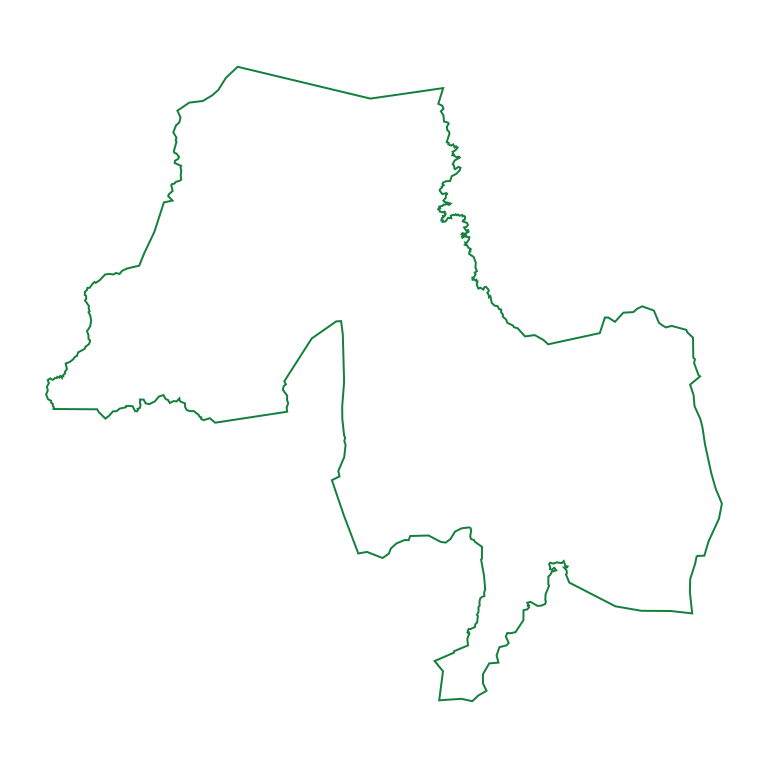 outline of Jasikan, Volta, Ghana
{"feature_id": "2480657B79217814678772", "entity_name": "Jasikan", "entity_type": "district", "adm_level": 2, "iso_a3": "GHA", "parent_name": "Ghana", "parent_adm1": "Volta", "projection": "orthographic", "projection_center": [0.477, 7.375], "detail": "fine", "context": "isolated", "style": "outline", "palette": "green", "viewbox_px": 768, "rotation_deg": 0, "n_neighbors": 0, "source": "geoboundaries", "source_scale": "gbopen_adm2", "svg_char_len": 6058}
<svg xmlns="http://www.w3.org/2000/svg" viewBox="0 0 768 768"><path d="M237.6,66.8L226.0,77.7L218.2,90.1L212.1,95.4L202.8,101.0L189.3,102.6L177.4,110.7L180.5,117.4L179.3,122.5L176.0,125.4L173.3,132.4L176.4,137.6L175.7,140.5L176.5,141.7L173.8,151.3L174.3,152.7L176.6,153.7L179.1,157.0L178.0,159.0L175.0,160.7L174.7,163.0L181.1,165.9L180.5,167.6L181.3,170.5L180.7,175.7L181.3,179.5L179.6,180.8L175.9,181.8L174.4,183.6L171.8,184.2L171.3,185.2L172.6,191.0L168.8,194.3L168.2,196.0L172.5,200.6L163.9,202.4L154.4,231.8L144.1,253.5L139.2,265.7L127.1,268.5L122.1,270.8L119.5,274.0L115.9,273.0L113.4,274.5L109.3,273.9L105.1,274.5L99.7,280.2L95.7,282.9L94.5,282.0L93.1,283.1L89.7,287.8L87.4,287.9L87.0,290.0L84.9,291.8L84.8,295.0L85.9,295.6L86.3,298.5L85.0,300.4L89.0,306.1L88.6,308.2L89.6,311.1L88.5,312.1L90.3,315.7L91.2,320.7L90.1,326.5L87.0,331.2L88.4,334.9L88.5,338.9L90.0,340.3L90.0,341.6L88.9,344.2L85.5,346.7L84.5,349.0L78.1,352.4L76.9,356.0L74.9,356.9L73.2,359.3L69.9,361.9L65.7,363.5L66.9,369.0L64.8,372.1L65.2,373.3L63.2,375.1L63.3,376.3L61.6,376.2L61.8,377.7L60.1,376.1L59.3,377.6L57.3,376.8L56.8,378.0L54.6,378.2L53.8,379.3L52.3,379.8L50.1,378.4L47.7,380.2L48.9,383.2L46.9,386.6L47.8,390.5L46.1,394.5L48.1,399.3L51.0,400.7L51.1,402.7L52.9,404.1L52.8,406.1L53.8,407.2L53.5,409.0L97.2,409.3L98.9,412.3L105.4,418.6L109.1,415.8L112.9,411.4L116.7,411.1L119.7,408.6L125.8,407.3L126.2,405.9L132.6,406.2L135.1,411.1L137.0,411.3L138.1,409.7L137.6,408.9L139.8,408.0L140.6,404.9L139.9,403.0L140.1,399.5L143.7,399.6L145.6,403.3L149.3,404.2L154.8,401.4L159.0,396.5L163.5,395.1L165.6,399.0L168.0,400.0L169.8,403.0L173.5,401.1L176.5,401.4L179.4,398.4L179.6,400.4L180.6,401.6L185.0,403.4L185.1,406.9L186.7,409.9L189.7,411.1L193.8,411.1L198.7,415.0L199.7,416.9L201.2,417.3L201.1,418.8L203.5,420.2L209.8,418.2L215.2,422.7L287.2,411.7L286.6,407.8L288.2,403.2L287.0,400.0L287.2,395.7L282.8,389.7L283.7,386.2L285.9,384.3L284.3,381.3L311.7,338.5L336.2,321.4L341.1,321.1L342.8,334.4L344.1,382.0L342.2,406.3L342.3,418.7L344.1,435.5L345.2,437.7L344.3,441.1L345.6,444.9L344.2,457.2L338.3,471.0L339.5,476.4L331.9,480.2L343.7,514.9L358.3,553.5L366.9,551.9L382.6,558.0L388.9,553.6L390.9,548.4L396.5,543.4L404.7,540.0L408.6,540.2L410.2,536.0L428.6,535.5L440.7,541.9L445.6,542.6L450.5,539.0L455.0,531.6L461.7,528.3L469.2,527.4L470.5,528.1L471.2,530.1L470.2,536.4L471.0,539.0L474.1,540.1L474.8,541.7L482.0,546.9L481.9,558.7L481.1,559.6L484.0,575.5L485.2,589.5L484.1,592.5L484.4,596.1L482.0,596.9L480.2,598.4L479.4,602.3L479.7,605.3L478.5,607.1L478.5,611.9L477.0,614.9L477.9,616.0L477.1,622.5L475.4,624.1L474.9,627.0L470.7,629.0L468.7,629.0L467.7,631.0L468.8,632.2L467.8,632.8L469.3,633.7L467.3,638.8L468.0,645.4L454.1,651.2L453.9,652.7L434.6,661.0L443.0,671.3L439.2,700.3L461.4,698.8L472.3,701.2L478.3,695.5L486.5,690.8L483.0,683.5L482.9,674.3L489.2,663.4L498.5,662.6L496.6,655.5L499.4,647.2L506.7,645.3L508.7,642.9L505.8,636.5L507.3,633.0L509.9,633.3L515.5,632.2L523.4,620.2L523.5,610.2L527.4,609.3L529.0,607.4L527.2,604.9L529.5,606.3L527.3,602.8L530.4,601.8L537.3,605.8L541.1,605.7L545.2,604.0L545.9,601.3L545.3,600.0L545.6,594.2L549.1,585.7L548.3,584.3L548.4,576.5L550.3,574.8L551.8,571.7L556.2,570.3L554.2,567.8L551.9,569.6L550.0,569.2L550.2,567.2L549.1,564.2L550.1,562.8L553.4,563.6L556.7,562.4L561.7,563.1L563.7,561.1L565.4,566.0L567.6,566.5L567.0,567.4L564.0,567.5L566.5,570.3L566.9,573.1L566.0,574.5L569.3,582.6L615.4,606.3L641.4,610.8L670.9,611.0L692.2,613.4L689.9,592.3L690.2,579.1L695.2,563.4L696.5,556.9L697.4,555.9L704.3,555.7L708.6,541.3L719.0,518.6L721.9,503.7L715.7,488.7L711.2,472.9L705.0,444.3L702.4,427.0L700.3,418.9L694.5,406.1L693.6,395.1L690.1,384.6L700.1,376.4L698.5,375.0L694.1,363.1L694.9,359.2L693.3,357.6L693.0,337.7L687.2,332.2L686.4,329.9L671.7,325.9L665.8,327.4L662.0,325.1L658.9,322.7L653.9,310.6L642.2,306.3L637.0,308.9L633.3,312.1L623.3,312.7L615.0,321.8L608.2,317.5L604.9,317.5L599.8,333.1L548.1,344.3L543.4,339.9L534.7,335.1L525.0,336.4L517.7,328.3L513.9,327.2L513.1,325.6L507.5,322.9L506.0,319.4L502.7,316.6L503.0,314.7L501.1,312.3L501.1,309.5L499.0,309.1L497.7,306.2L494.7,305.7L491.7,302.9L490.4,296.3L489.0,297.3L488.6,294.6L487.3,292.8L488.8,290.9L488.3,289.3L485.9,286.8L484.4,287.2L483.4,289.6L480.4,287.7L478.4,288.6L476.7,284.7L477.5,281.4L476.6,281.3L476.4,280.1L475.8,280.7L474.5,279.5L472.6,279.8L472.3,277.7L473.8,277.4L475.6,274.5L474.7,272.6L476.9,271.2L475.4,267.5L475.8,262.7L473.6,256.9L469.2,254.0L469.4,251.8L470.4,251.3L469.9,249.9L470.7,249.2L468.2,247.5L467.2,245.4L464.9,244.8L465.7,243.8L465.3,242.7L466.4,243.1L469.0,239.4L469.3,237.2L464.9,236.5L465.7,235.7L465.1,235.5L462.5,237.8L461.9,236.9L463.2,236.1L462.7,234.6L461.6,234.1L462.4,233.2L463.7,233.5L463.0,234.4L464.7,234.1L465.3,235.0L466.3,233.0L468.6,231.8L468.2,230.1L466.3,230.7L464.1,227.5L466.4,226.9L467.9,225.1L467.2,223.0L462.8,221.4L463.2,220.2L464.9,219.4L465.0,216.7L463.9,215.9L462.7,216.3L462.3,215.1L459.5,215.7L458.2,214.5L457.1,215.3L455.6,214.3L454.6,215.1L453.3,214.7L450.8,215.7L451.3,218.2L448.1,217.8L445.5,221.5L442.7,221.8L442.9,220.5L441.4,220.5L441.8,218.2L443.4,217.3L443.0,215.9L444.5,216.1L445.6,214.1L444.7,213.5L445.2,212.3L444.5,211.7L442.5,212.3L439.9,211.6L439.7,210.2L438.2,209.3L439.0,207.7L440.1,207.9L439.6,206.5L442.5,205.9L443.7,204.5L445.0,204.8L446.3,203.8L449.1,204.9L450.6,203.6L444.5,201.8L443.4,200.7L445.8,197.7L445.8,195.7L447.2,193.8L446.4,193.1L442.3,194.1L439.8,190.8L439.8,189.6L441.9,187.6L441.7,186.8L443.7,185.2L442.4,184.0L442.9,182.7L445.9,181.3L450.1,181.0L451.7,176.2L456.3,173.8L459.6,170.5L460.5,167.8L458.4,166.9L455.2,169.2L454.4,168.6L453.9,165.4L452.7,164.3L454.6,160.5L459.8,157.5L459.0,156.7L456.3,157.1L454.2,155.9L454.0,154.9L452.4,155.1L453.1,153.4L452.5,151.8L455.3,150.4L457.7,147.6L456.0,146.3L454.6,147.4L453.2,144.4L451.0,145.6L448.4,144.3L448.7,143.0L446.7,142.2L449.5,133.5L449.0,131.6L447.3,130.2L446.9,126.7L448.7,123.6L447.9,122.6L444.0,121.4L443.5,115.5L440.9,111.3L443.5,108.8L442.3,105.7L438.3,103.8L443.2,88.1L370.4,98.6L237.6,66.8Z" fill="none" stroke="#15803d" stroke-width="2"/></svg>